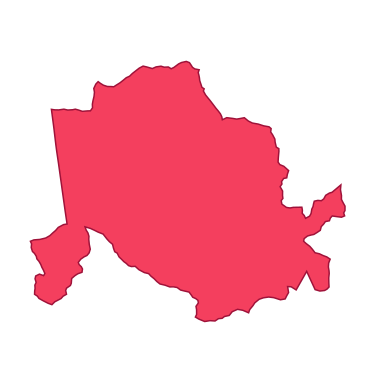 Trindade, Goiás, Brazil, rotated 277°
{"feature_id": "56859067B82243960119331", "entity_name": "Trindade", "entity_type": "district", "adm_level": 2, "iso_a3": "BRA", "parent_name": "Brazil", "parent_adm1": "Goiás", "projection": "natural_earth1", "projection_center": [-49.558, -16.651], "detail": "fine", "context": "isolated", "style": "filled", "palette": "rose", "viewbox_px": 384, "rotation_deg": 277, "n_neighbors": 0, "source": "geoboundaries", "source_scale": "gbopen_adm2", "svg_char_len": 3621}
<svg xmlns="http://www.w3.org/2000/svg" viewBox="0 0 384 384"><g transform="rotate(277 192 192)"><path d="M266.4,255.1L267.5,249.4L267.8,243.5L269.3,239.3L272.1,234.9L270.8,230.8L269.8,227.5L270.0,223.6L270.0,217.4L267.4,213.3L270.3,212.4L273.0,210.7L275.5,208.3L277.9,205.7L280.6,203.1L284.2,199.6L289.9,193.7L293.6,191.0L295.9,191.5L297.1,189.1L299.9,187.8L303.5,186.1L306.4,185.4L308.8,184.6L311.3,183.6L314.2,184.2L314.5,179.8L315.8,177.3L317.9,175.6L320.1,173.7L320.9,170.4L319.2,165.7L317.5,163.1L315.3,160.8L313.4,158.8L311.8,156.3L313.2,153.3L312.5,149.2L313.1,145.9L311.8,141.1L309.7,137.6L310.6,131.9L311.0,128.1L308.5,124.5L305.2,121.2L302.4,118.4L299.3,115.9L297.4,112.8L294.5,110.1L291.5,107.1L289.0,104.0L286.9,101.5L286.8,98.7L286.4,95.2L287.2,91.1L288.7,87.8L290.1,85.4L287.4,83.4L282.8,81.9L279.2,83.0L275.0,83.1L270.5,82.6L267.0,82.4L263.4,83.0L260.2,81.3L259.7,78.1L258.7,73.3L259.5,69.5L260.0,66.1L259.1,63.5L258.2,58.7L258.6,54.8L257.2,49.6L256.8,45.6L256.9,42.4L238.7,47.1L222.3,51.1L216.5,52.6L203.8,56.1L158.1,68.3L145.0,71.9L144.0,68.5L140.6,63.6L137.2,61.3L134.2,58.6L131.4,56.3L128.5,52.4L126.4,46.8L125.2,40.9L123.4,37.6L121.0,39.1L117.3,39.2L113.5,40.9L111.8,43.2L109.2,45.3L106.7,46.2L104.6,48.5L101.7,50.7L99.1,52.1L96.4,54.0L93.2,55.9L90.9,54.9L91.9,50.6L89.6,47.1L86.7,46.8L83.3,48.3L80.4,47.4L77.2,48.0L74.8,47.9L71.3,48.2L69.8,51.2L67.7,53.1L65.8,57.8L64.0,62.8L63.1,66.7L66.3,69.2L68.5,72.4L70.3,75.0L72.9,76.8L75.2,79.9L78.9,78.6L81.3,79.2L84.4,82.7L86.7,83.3L91.5,83.1L94.7,86.0L96.9,88.6L98.9,92.6L102.2,92.7L104.3,91.3L106.2,88.8L108.3,87.7L111.8,89.8L114.5,92.8L116.2,95.5L119.0,97.3L122.8,98.0L127.6,96.4L132.5,95.3L135.5,95.1L138.7,93.7L141.3,91.6L144.4,90.1L143.5,95.5L142.2,99.6L140.8,103.5L139.4,108.9L134.9,113.4L132.6,116.1L130.4,119.5L126.7,120.9L123.3,122.6L122.2,125.2L118.7,127.5L116.3,130.7L114.6,132.8L113.1,135.5L111.2,138.0L110.6,140.9L111.3,144.7L108.4,148.8L106.2,154.5L105.7,158.9L103.5,161.5L101.3,165.0L98.9,168.0L96.8,171.4L96.2,176.7L95.1,181.4L95.6,185.4L95.4,188.9L93.3,192.6L92.8,196.6L92.3,201.3L89.9,203.6L87.6,205.6L86.7,208.6L85.2,211.1L82.6,211.8L79.0,209.9L75.7,210.9L71.0,211.5L68.3,210.6L66.7,214.2L65.0,220.4L66.5,225.5L66.8,230.6L69.5,233.7L70.3,237.3L72.4,239.4L74.0,244.0L78.1,246.5L81.1,251.5L80.8,256.8L79.0,262.9L82.3,263.6L86.7,266.4L89.6,267.8L93.7,271.7L95.7,275.8L97.1,280.9L97.1,286.0L95.8,292.9L97.2,297.5L100.6,298.7L104.0,300.1L109.8,298.4L110.0,302.0L107.5,307.3L127.2,315.5L110.1,326.1L109.3,331.0L110.4,335.6L112.0,337.8L114.4,339.6L118.4,338.9L123.4,338.2L127.9,338.1L130.5,337.6L134.2,336.5L138.1,336.3L142.2,337.3L144.0,333.7L144.9,329.9L146.2,326.0L146.7,321.5L149.8,318.5L152.4,315.6L154.8,311.5L156.7,308.8L159.4,309.0L162.4,312.0L163.8,315.4L164.7,318.1L167.0,321.0L169.6,324.0L173.4,324.5L176.1,326.5L178.9,328.0L180.2,331.9L183.0,332.5L185.3,334.1L185.2,338.8L185.2,343.5L186.9,346.4L189.7,345.1L192.2,346.1L196.6,345.6L199.9,343.2L202.9,341.2L206.7,340.8L212.3,339.1L217.2,338.9L211.1,333.2L208.8,331.1L207.7,328.5L205.0,325.1L201.2,323.6L199.1,321.4L199.0,317.9L197.8,314.5L195.2,314.1L192.3,313.9L189.6,313.0L185.2,312.8L182.4,311.7L179.7,307.9L182.3,306.3L184.3,304.0L187.4,303.8L190.3,302.9L189.8,299.3L189.1,294.4L188.1,291.2L188.2,287.6L190.9,282.7L194.3,281.6L196.7,283.0L199.5,282.3L204.0,281.8L208.0,278.8L210.9,280.3L213.2,279.6L216.6,281.3L217.6,284.3L221.2,284.5L225.0,285.3L228.7,280.0L229.9,275.8L232.2,273.8L236.7,273.5L242.9,273.3L245.6,272.9L246.8,270.2L251.7,268.4L254.6,267.8L258.9,264.8L261.1,262.8L264.6,262.8L266.1,260.5L266.4,255.1Z" fill="#f43f5e" stroke="#9f1239" stroke-width="1.5"/></g></svg>